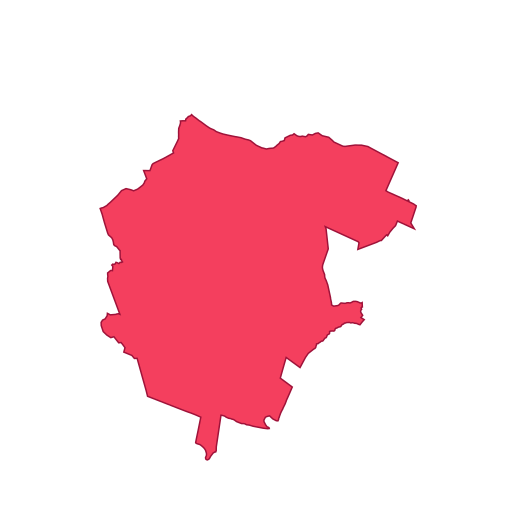 Coxcatlán, San Luis Potosí, Mexico (Equal Earth projection), rotated 329°
{"feature_id": "50627088B1210945284029", "entity_name": "Coxcatlán", "entity_type": "district", "adm_level": 2, "iso_a3": "MEX", "parent_name": "Mexico", "parent_adm1": "San Luis Potosí", "projection": "equal_earth", "projection_center": [-98.903, 21.515], "detail": "fine", "context": "isolated", "style": "filled", "palette": "rose", "viewbox_px": 512, "rotation_deg": 329, "n_neighbors": 0, "source": "geoboundaries", "source_scale": "gbopen_adm2", "svg_char_len": 5444}
<svg xmlns="http://www.w3.org/2000/svg" viewBox="0 0 512 512"><g transform="rotate(329 256 256)"><path d="M419.2,295.4L418.8,294.7L417.9,292.6L414.8,287.8L415.4,287.7L415.6,287.2L415.5,286.3L414.7,286.5L414.4,286.4L413.8,286.3L410.8,281.6L402.2,269.3L401.0,266.9L425.9,249.3L409.8,222.4L408.3,219.8L403.6,215.4L401.3,214.0L398.2,212.0L390.6,208.7L389.1,208.1L388.0,207.4L387.0,206.6L381.5,198.5L380.9,196.0L379.5,191.7L374.7,187.0L372.7,182.5L370.0,181.5L366.7,181.3L365.9,180.7L363.5,178.7L362.0,179.2L361.0,179.4L359.9,179.3L357.3,177.0L356.7,176.9L356.4,176.8L355.5,176.4L354.6,175.8L353.4,174.6L352.9,173.8L351.6,170.8L349.7,171.1L347.5,170.2L341.7,169.7L339.7,171.6L337.4,171.1L336.0,170.5L335.6,170.6L333.8,171.5L330.9,171.9L330.5,172.0L329.9,172.2L326.9,172.5L326.1,172.3L323.4,170.9L322.0,170.3L320.1,169.7L317.3,166.8L316.8,166.5L315.7,164.8L314.3,162.8L313.2,161.1L310.7,154.4L309.4,152.7L307.3,150.7L307.0,150.4L306.9,150.3L304.1,146.9L301.1,144.2L299.9,143.2L297.9,141.4L293.9,137.7L290.5,134.4L288.2,131.7L286.0,128.9L285.0,126.6L284.7,126.0L283.4,124.3L282.2,122.5L280.4,118.7L279.6,116.7L277.7,112.1L277.0,110.8L275.4,106.5L274.8,105.3L274.1,103.5L273.6,101.6L272.2,102.1L269.7,101.6L269.2,101.9L266.5,102.5L266.3,102.5L265.8,103.2L265.3,103.8L264.5,103.4L263.2,102.6L262.3,102.1L260.7,101.3L260.3,102.3L259.6,103.3L257.9,104.9L255.5,106.8L253.4,110.0L252.1,112.3L251.0,114.0L250.2,115.6L249.7,115.8L248.2,116.9L238.9,122.9L238.4,125.2L226.8,124.8L219.4,124.1L215.4,123.8L214.0,124.2L209.1,128.2L203.7,124.9L202.1,133.6L199.4,134.5L197.7,135.9L195.5,136.9L191.7,137.4L188.9,137.7L184.7,137.1L182.8,134.7L179.3,131.3L174.4,130.7L168.8,132.7L158.6,135.0L155.6,135.5L154.2,135.9L149.8,135.8L148.4,135.3L146.9,135.0L145.6,141.1L144.6,144.6L143.2,149.7L140.7,159.8L140.4,161.9L141.7,166.0L141.6,168.3L140.9,170.6L140.2,172.3L139.9,173.1L140.1,173.8L140.3,174.6L141.4,176.1L142.0,180.7L142.3,181.3L138.6,187.7L138.2,189.2L138.8,189.5L138.8,189.8L138.5,190.4L138.4,191.3L138.5,192.3L137.6,192.3L137.1,192.1L136.4,191.4L134.6,191.9L133.4,190.0L132.7,189.3L131.5,190.1L131.3,190.2L130.8,190.1L129.9,190.1L129.6,189.9L129.2,189.2L127.7,189.5L127.9,191.1L127.7,191.5L125.4,194.6L124.4,193.8L124.0,193.6L122.6,193.7L121.2,194.0L120.1,194.1L119.3,195.5L118.6,197.1L117.2,198.8L115.8,201.4L109.3,235.9L108.3,234.6L106.4,233.9L106.1,234.0L100.8,231.4L99.1,228.6L97.7,230.5L94.3,232.2L91.5,231.9L89.1,233.1L87.5,235.9L86.1,242.1L87.4,246.9L89.5,251.2L92.6,252.0L93.6,259.7L95.8,260.7L96.1,262.9L96.5,267.1L93.2,270.3L98.4,277.3L99.0,281.2L101.4,282.5L92.5,314.9L90.8,320.4L112.1,348.0L116.7,353.9L119.3,357.0L122.0,360.5L125.7,365.7L116.2,376.1L110.0,382.8L109.3,383.6L108.2,384.8L108.2,385.7L108.6,386.2L109.2,387.0L109.8,387.6L110.9,388.9L111.3,389.9L111.6,390.7L112.0,391.9L112.4,393.3L112.6,394.4L112.7,396.3L112.4,397.7L111.9,399.6L111.3,400.7L110.5,401.7L109.6,402.3L108.9,402.8L108.4,404.0L108.5,404.7L108.8,405.2L109.2,405.7L110.8,405.9L111.8,405.6L114.0,404.3L117.8,402.8L119.0,402.8L120.0,402.8L120.5,403.2L121.6,402.4L123.7,399.1L144.0,374.4L144.4,374.7L146.2,376.5L146.6,377.0L147.1,377.9L147.3,378.6L148.9,380.9L150.6,382.4L151.2,383.3L152.2,384.2L153.0,385.4L154.0,387.9L156.7,391.4L157.4,392.3L159.1,393.3L160.0,394.1L160.9,395.7L163.2,397.5L165.8,400.4L173.5,407.3L177.1,410.1L178.5,410.7L178.7,409.8L178.3,409.1L177.5,408.1L177.3,405.9L177.5,402.3L178.2,400.8L180.9,399.1L182.2,399.1L184.4,399.7L185.3,400.0L186.5,404.3L188.5,407.6L189.9,408.6L191.1,407.8L191.9,406.8L193.1,406.0L193.3,405.7L194.9,404.4L196.4,403.2L198.7,401.7L200.3,400.8L200.4,400.6L202.4,399.3L204.9,397.7L207.3,395.8L207.7,395.4L209.6,394.1L214.3,390.8L219.6,387.0L213.9,373.2L221.1,366.4L229.6,358.5L236.3,374.3L246.2,368.4L250.6,366.4L257.6,365.5L258.8,365.6L260.0,365.2L261.4,363.8L261.9,363.5L262.6,362.5L263.0,362.6L264.1,363.1L264.6,362.9L266.2,362.9L268.2,362.7L269.3,363.2L270.1,363.1L271.0,362.6L273.0,361.9L274.0,362.1L274.5,361.9L276.3,360.5L276.7,360.4L277.1,360.4L278.7,360.5L279.0,360.3L279.5,359.9L280.0,358.8L280.2,358.6L281.1,358.7L281.8,359.1L282.6,359.4L283.6,360.2L284.2,360.4L284.7,360.5L285.1,360.4L286.1,359.4L287.0,359.0L288.2,359.4L289.1,359.4L290.0,359.4L291.7,360.0L292.3,360.1L294.6,359.1L296.1,359.4L297.0,359.1L297.3,359.1L298.1,359.5L298.4,359.6L299.4,359.7L300.9,360.6L301.3,360.7L301.6,360.9L302.1,361.3L302.5,361.9L302.8,362.2L304.1,362.7L304.7,363.1L305.8,364.3L306.3,364.8L306.8,365.0L307.9,366.1L308.3,366.8L308.8,367.5L309.7,368.5L313.4,367.1L316.0,366.3L314.2,362.8L315.3,362.4L316.9,361.8L316.8,358.3L317.3,357.1L318.0,356.5L319.1,356.1L319.3,354.7L320.1,354.3L320.5,354.3L320.9,354.5L323.0,350.6L322.1,350.6L321.5,350.2L321.0,349.7L319.4,347.4L318.1,346.2L316.0,345.0L313.5,344.9L313.1,344.8L312.6,344.7L312.0,344.4L311.1,343.6L310.3,343.2L309.7,342.9L308.2,342.6L307.0,341.8L304.9,340.2L304.6,340.1L304.2,340.0L302.3,340.6L301.3,340.7L300.6,340.6L296.7,339.0L296.2,338.0L295.6,336.9L296.6,334.9L297.9,331.1L298.4,330.1L302.6,317.8L303.5,313.3L303.6,312.3L303.7,311.0L303.8,310.4L304.2,309.2L305.2,307.3L305.3,306.9L306.0,302.8L306.7,300.7L307.1,299.9L307.6,299.2L308.5,298.1L309.5,297.2L321.6,287.1L330.0,268.9L330.5,266.5L350.9,296.3L351.1,297.7L346.7,302.8L366.5,306.4L370.3,306.7L371.4,307.3L377.4,305.5L378.6,305.2L379.1,305.2L379.1,305.7L379.3,306.5L382.9,304.5L388.0,302.7L391.2,301.9L395.2,298.9L405.7,314.2L405.7,307.4L418.4,296.5L419.2,295.4Z" fill="#f43f5e" stroke="#9f1239" stroke-width="1.5"/></g></svg>